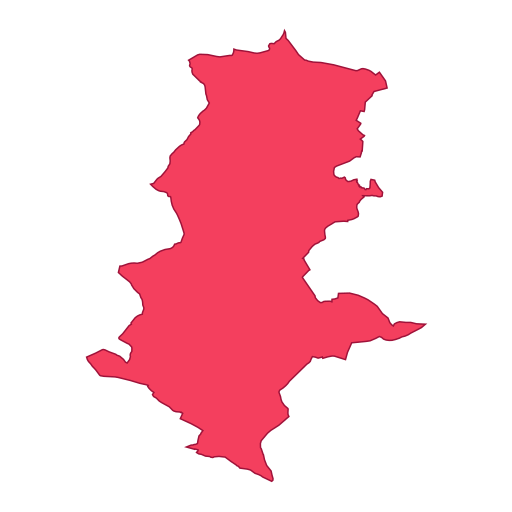 outline of Budesti, Bistrita-Nasaud, Romania
{"feature_id": "2599482B13391469059037", "entity_name": "Budesti", "entity_type": "district", "adm_level": 2, "iso_a3": "ROU", "parent_name": "Romania", "parent_adm1": "Bistrita-Nasaud", "projection": "equal_earth", "projection_center": [24.229, 46.834], "detail": "fine", "context": "isolated", "style": "filled", "palette": "rose", "viewbox_px": 512, "rotation_deg": 0, "n_neighbors": 0, "source": "geoboundaries", "source_scale": "gbopen_adm2", "svg_char_len": 6047}
<svg xmlns="http://www.w3.org/2000/svg" viewBox="0 0 512 512"><path d="M271.7,481.3L272.9,480.2L273.0,478.6L272.0,475.1L271.1,471.0L266.7,465.5L264.5,459.8L263.4,454.6L263.1,454.3L261.3,448.9L260.5,447.6L260.4,443.5L261.2,440.7L267.5,433.2L270.9,430.3L278.9,425.2L288.9,416.5L288.0,414.5L287.9,412.7L288.1,409.1L287.9,408.5L284.4,405.5L281.9,401.9L281.0,399.3L280.5,396.6L279.1,392.7L278.9,392.0L279.3,391.0L279.9,390.0L282.9,388.1L285.7,385.7L287.7,383.6L289.4,381.2L306.9,364.1L309.0,362.7L310.3,361.3L310.9,359.5L312.4,356.6L315.3,357.1L318.1,358.1L322.4,357.0L322.8,358.3L327.9,356.8L332.1,356.0L334.4,356.1L345.5,359.6L347.5,352.3L351.7,342.8L366.0,341.4L370.1,340.8L375.7,338.4L379.3,336.5L381.5,337.3L383.6,339.1L386.1,340.0L389.2,340.4L392.0,340.3L395.4,339.5L399.3,338.2L401.8,336.9L405.0,336.1L408.3,334.7L410.6,333.2L421.4,327.6L425.4,324.2L416.5,323.8L410.6,322.4L405.8,322.4L399.6,321.8L396.9,322.6L394.4,323.9L393.3,326.0L391.6,324.7L389.8,322.6L388.0,318.0L382.4,313.6L377.2,306.3L374.2,304.0L368.0,299.8L364.7,298.1L358.3,295.3L349.6,293.1L338.5,293.4L337.9,297.9L334.7,299.0L332.0,299.3L331.9,301.8L331.3,301.7L330.8,301.3L329.5,301.2L325.2,301.3L323.7,301.5L322.1,302.5L320.3,302.6L317.6,300.6L315.3,297.7L315.0,295.8L302.4,277.5L302.6,276.8L308.7,270.5L309.9,269.8L304.1,260.0L304.0,259.0L302.7,258.4L308.6,252.3L308.8,250.6L312.1,246.6L313.4,245.4L315.2,244.0L316.6,243.5L318.8,242.5L319.8,241.4L323.8,239.8L325.3,238.5L325.4,237.2L324.9,234.8L324.5,230.8L324.7,229.4L325.6,228.0L327.8,226.2L335.1,221.8L343.8,221.2L347.7,221.5L347.8,220.3L351.8,219.5L354.0,218.7L357.5,216.8L358.2,216.1L358.5,213.7L358.1,211.8L357.0,208.9L356.7,207.3L356.9,204.9L357.4,204.0L359.3,202.2L359.6,201.3L361.0,199.5L364.0,196.9L362.9,195.7L369.6,195.8L372.1,195.4L373.5,195.8L376.2,195.9L378.0,196.6L380.2,196.8L382.1,196.1L382.6,192.3L378.6,187.6L375.2,181.9L374.7,180.2L371.0,179.4L370.3,181.2L370.2,184.5L369.9,187.9L368.9,188.8L366.6,188.7L366.0,189.6L365.2,189.6L364.1,188.1L361.3,187.7L361.3,187.1L360.0,186.6L359.6,186.9L359.1,186.3L358.9,185.6L359.4,185.2L359.0,184.9L358.5,184.8L357.4,182.5L356.8,182.2L356.6,180.9L357.2,180.8L356.9,179.2L353.7,179.8L350.9,181.2L350.1,181.2L349.2,181.5L347.7,181.5L345.6,179.6L345.3,177.9L344.4,177.1L341.9,178.3L340.8,178.1L339.0,178.5L337.9,177.5L336.5,177.2L335.0,176.1L333.9,174.7L333.6,171.4L334.4,167.5L336.5,166.1L349.6,161.1L353.9,157.9L356.2,156.7L360.1,156.9L361.3,153.1L361.7,151.0L362.2,151.0L362.8,142.1L362.8,141.4L361.7,140.3L360.3,139.1L364.1,136.3L364.5,135.5L362.9,134.8L358.3,130.7L357.2,128.8L360.6,124.1L360.8,123.3L356.2,120.3L357.3,118.1L360.4,110.8L364.1,111.5L364.6,109.8L365.3,102.1L372.1,95.7L372.0,94.9L374.0,91.5L387.1,88.0L385.5,80.9L379.4,72.2L375.6,75.0L371.0,71.4L369.0,70.3L365.6,69.1L363.0,68.6L361.4,68.8L357.4,70.6L355.9,70.7L333.6,64.8L320.9,62.5L313.2,62.1L308.2,61.1L306.2,60.2L304.7,60.1L298.5,54.6L295.8,50.6L288.2,40.5L286.0,38.4L285.4,32.3L284.5,30.7L284.0,32.7L283.2,34.6L280.4,38.9L279.0,40.2L276.2,41.6L274.1,43.7L271.3,43.4L269.9,43.7L268.6,45.8L268.7,46.7L269.6,48.1L269.5,49.3L269.0,50.1L268.2,50.6L259.9,52.9L257.1,53.3L254.2,53.0L248.2,51.6L236.4,50.0L233.9,49.1L233.8,51.2L233.3,53.1L232.2,55.2L231.3,55.5L229.9,55.4L219.9,56.9L216.7,56.5L207.7,54.6L199.8,54.3L197.6,54.9L188.6,60.2L189.5,61.2L190.0,63.1L190.1,63.8L189.6,65.4L189.7,66.0L190.3,66.9L191.8,67.9L192.2,68.8L191.9,70.8L192.1,72.3L192.8,74.2L199.6,80.9L201.3,82.2L201.1,82.3L203.6,83.6L204.6,85.1L205.1,86.7L205.9,94.0L206.5,95.6L207.3,99.7L209.3,103.0L206.4,108.2L204.4,110.2L203.1,111.0L200.4,113.4L199.4,114.6L198.3,116.3L197.7,117.8L199.2,119.8L199.7,121.1L199.9,122.2L199.7,124.4L199.2,125.3L194.9,129.8L194.0,130.3L192.5,131.8L191.0,132.6L190.7,132.9L190.9,133.9L188.6,136.5L187.0,139.6L184.6,141.9L184.2,142.5L183.9,144.0L181.5,145.0L179.5,146.3L175.6,149.9L173.9,152.1L172.1,153.7L170.2,156.0L169.9,157.8L170.2,161.0L169.9,163.8L168.2,166.3L167.9,167.9L165.1,171.6L161.0,176.4L158.1,178.2L157.0,179.2L153.7,183.4L150.6,184.2L152.8,186.5L156.1,189.3L158.5,190.6L160.3,191.2L163.9,191.6L166.7,192.7L167.5,193.6L167.8,195.8L168.8,196.5L170.5,196.6L170.8,197.5L171.3,201.4L172.2,205.2L173.8,209.0L176.4,213.0L177.5,215.1L179.4,219.4L181.1,223.6L183.3,230.6L184.1,233.3L184.1,234.4L182.4,238.2L181.0,242.2L180.6,242.6L178.3,242.9L176.2,243.9L174.6,244.2L174.0,245.7L172.8,247.2L171.3,248.2L169.9,248.7L165.0,249.5L160.3,251.2L157.7,252.7L154.9,255.0L152.8,256.2L149.8,258.6L148.1,259.2L142.3,262.2L137.3,263.3L134.2,263.0L131.1,263.2L128.5,263.7L121.9,266.0L119.9,266.1L118.4,272.5L122.3,276.1L129.6,281.8L131.3,283.9L131.5,284.8L133.9,288.7L137.6,292.4L139.6,293.9L140.9,297.6L142.1,299.5L142.6,301.9L142.8,305.0L143.8,307.6L143.8,309.1L142.5,312.5L142.3,314.2L139.8,314.9L137.5,316.0L135.2,317.7L131.0,323.0L131.4,324.2L129.1,325.6L122.7,333.8L119.3,337.0L118.8,338.0L119.2,338.9L120.4,339.7L127.1,343.3L129.0,344.1L131.7,347.0L131.9,348.4L131.8,351.5L130.9,352.7L130.3,354.0L130.2,355.3L130.4,356.7L129.6,359.6L127.1,363.0L125.5,362.2L123.5,359.4L119.7,356.2L116.7,355.1L115.8,354.3L109.2,351.9L105.0,349.9L103.3,349.5L102.3,349.7L95.7,353.1L86.6,357.1L87.4,359.6L88.5,361.5L90.8,364.0L92.3,366.2L95.6,369.7L99.7,375.2L100.4,375.7L103.9,376.3L115.1,376.9L118.0,377.4L130.5,380.5L139.8,383.3L146.1,384.7L148.2,385.4L147.7,386.4L149.1,388.4L151.5,390.8L153.9,392.4L152.5,394.6L153.6,396.5L156.4,398.1L159.1,400.9L161.3,402.4L169.3,406.8L172.7,410.3L173.8,411.0L176.0,411.7L179.8,412.0L181.0,412.6L181.2,412.2L182.7,413.3L180.3,418.7L191.0,423.6L197.7,427.2L202.9,430.6L200.9,433.3L200.7,434.1L199.0,435.9L198.0,440.2L197.5,443.5L195.6,444.4L194.1,444.5L193.0,445.0L191.1,445.1L186.4,447.0L194.6,449.3L194.8,449.0L198.0,449.8L198.2,450.1L197.9,451.0L196.5,452.4L196.8,452.7L198.8,453.9L201.3,454.3L205.5,456.1L209.7,456.5L210.8,457.2L212.8,457.5L214.3,456.8L219.0,456.4L225.2,457.1L231.2,461.6L236.0,464.8L236.9,465.7L238.4,466.3L239.9,468.1L247.3,469.1L250.5,470.0L255.0,473.3L258.5,474.5L261.0,475.7L262.7,477.0L271.7,481.3Z" fill="#f43f5e" stroke="#9f1239" stroke-width="1.5"/></svg>